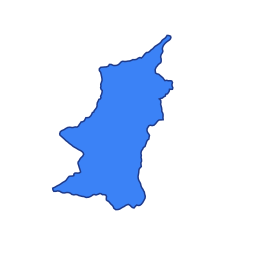 Berilo, Minas Gerais, Brazil, rotated 222°
{"feature_id": "56859067B66859765572225", "entity_name": "Berilo", "entity_type": "district", "adm_level": 2, "iso_a3": "BRA", "parent_name": "Brazil", "parent_adm1": "Minas Gerais", "projection": "albers", "projection_center": [-42.489, -16.882], "detail": "fine", "context": "isolated", "style": "filled", "palette": "blue", "viewbox_px": 256, "rotation_deg": 222, "n_neighbors": 0, "source": "geoboundaries", "source_scale": "gbopen_adm2", "svg_char_len": 3945}
<svg xmlns="http://www.w3.org/2000/svg" viewBox="0 0 256 256"><g transform="rotate(222 128 128)"><path d="M143.7,32.9L142.4,31.8L140.8,31.3L139.3,32.6L138.2,34.2L136.4,35.3L134.7,35.6L133.2,36.1L131.9,37.1L131.1,38.1L130.3,39.2L128.6,40.5L127.1,41.0L125.3,41.1L123.5,42.1L122.4,43.5L121.0,44.5L119.4,44.9L117.9,45.7L116.3,46.5L114.8,47.6L112.6,48.4L110.9,50.3L110.0,52.2L109.6,53.7L109.3,55.1L108.4,56.2L107.0,56.8L105.9,58.7L105.1,60.5L103.9,61.2L102.5,61.3L101.3,62.4L99.7,63.3L98.1,62.7L97.0,61.1L96.0,60.1L94.6,60.1L93.4,60.5L91.8,60.3L89.7,60.0L87.7,60.0L86.4,59.7L84.8,58.9L82.5,59.1L80.8,60.8L79.9,62.3L79.5,63.8L79.0,65.4L78.3,67.2L77.8,69.3L76.7,71.4L74.8,71.9L73.4,71.8L71.6,71.8L70.0,72.6L70.1,74.6L70.0,76.5L68.5,77.3L67.5,78.4L67.1,80.1L67.2,82.4L67.5,83.8L67.9,85.5L68.4,87.3L69.6,88.9L71.5,90.1L73.0,91.3L74.6,91.8L75.9,92.4L77.3,92.7L78.9,93.3L80.2,94.1L81.4,95.0L82.9,95.6L84.9,96.3L86.6,97.3L88.2,98.8L89.4,100.8L90.3,102.2L91.2,103.3L92.2,104.8L92.4,106.7L92.3,108.2L93.6,109.3L95.1,110.7L95.7,112.4L97.2,113.9L98.7,114.9L99.8,116.6L101.2,117.6L102.0,118.7L102.8,120.2L102.9,121.9L103.5,123.8L103.0,125.7L103.8,127.4L104.3,128.8L105.1,130.5L105.4,132.1L105.1,133.7L106.2,135.3L107.1,136.9L108.6,137.4L110.5,137.8L112.2,138.8L113.4,140.4L113.7,142.1L114.0,143.6L113.3,145.0L111.7,145.9L110.6,147.4L110.4,149.7L110.6,152.3L110.5,154.2L109.8,155.3L108.7,156.3L107.4,157.7L108.9,159.0L109.9,160.3L111.2,161.7L112.6,162.5L114.1,163.0L115.1,164.2L116.6,165.5L118.3,166.6L119.7,167.5L120.8,169.2L122.3,170.5L124.2,170.5L123.6,171.7L122.5,173.2L122.3,175.0L121.6,176.7L122.6,178.2L121.6,179.7L121.7,181.4L122.1,183.1L123.1,184.5L121.9,185.5L120.9,186.5L121.6,187.9L123.3,188.7L124.4,189.7L125.4,191.6L127.0,192.2L128.5,191.2L129.7,190.0L131.1,189.4L132.3,187.9L133.9,188.2L135.4,188.6L137.4,188.6L139.3,188.5L141.1,188.5L142.8,187.6L144.4,187.3L145.6,188.4L146.8,189.4L147.4,190.9L147.8,192.2L147.8,193.9L148.0,195.5L147.7,196.9L147.4,198.5L148.0,199.8L149.0,200.9L150.1,201.9L151.2,202.5L152.1,203.9L152.6,205.1L152.8,206.6L153.2,208.0L154.1,208.9L155.3,209.6L156.2,211.0L156.9,213.0L157.1,215.5L156.9,217.7L156.5,219.5L156.1,221.2L156.1,222.6L156.6,223.9L157.8,224.7L159.6,224.0L160.9,223.0L160.5,220.4L160.7,219.0L161.1,217.4L161.3,215.9L161.0,214.2L161.1,212.1L161.6,210.1L162.1,208.2L162.5,206.9L162.6,205.4L162.6,203.4L163.1,201.5L163.2,199.2L163.6,197.7L164.8,196.4L165.0,194.4L164.9,192.7L164.7,190.7L164.9,188.9L166.3,188.4L167.1,186.9L167.6,184.7L168.8,183.2L170.2,182.0L170.8,180.4L171.7,178.8L172.7,177.8L173.7,176.5L174.8,175.3L176.0,174.5L176.9,173.7L177.4,171.9L177.3,170.2L177.7,168.2L178.4,166.9L179.5,165.7L180.7,164.7L183.0,164.0L184.4,162.8L184.0,160.9L184.9,159.0L186.2,157.7L187.3,156.5L188.9,154.8L188.9,152.7L187.7,151.5L185.7,151.1L184.2,150.1L182.8,149.1L181.7,148.3L180.4,147.3L179.2,146.1L178.3,144.2L177.5,142.2L176.1,141.0L175.3,139.6L173.7,138.7L172.2,138.6L171.2,137.2L170.2,135.3L169.6,133.2L168.4,132.4L168.0,131.1L168.8,129.8L168.2,128.1L167.7,126.2L166.7,124.7L165.7,123.7L165.0,122.1L164.8,120.4L164.7,118.2L164.1,116.9L164.8,115.7L164.2,114.0L163.8,112.3L163.9,110.1L164.7,108.9L166.2,107.5L165.8,106.0L165.3,104.2L165.9,102.3L166.9,101.1L166.6,99.4L166.5,97.8L166.1,96.3L166.5,94.5L167.7,93.7L168.5,92.7L169.2,91.5L170.3,90.6L171.7,89.7L173.1,88.1L173.9,86.0L174.5,83.7L175.4,81.9L175.8,80.0L174.9,78.0L173.8,77.2L172.5,77.2L170.9,77.2L169.6,77.2L167.7,77.2L165.6,77.1L163.7,77.3L161.3,77.3L158.5,77.6L156.5,77.6L154.9,77.9L153.3,78.3L151.7,78.6L150.1,78.9L148.5,79.4L147.0,79.7L145.1,79.7L143.4,78.9L142.8,76.7L143.0,74.7L143.0,73.4L142.7,72.0L142.4,70.7L142.3,69.3L141.3,68.1L139.5,67.1L137.4,65.8L135.4,64.7L133.8,63.6L134.0,62.2L135.2,60.8L136.4,59.9L137.3,59.0L137.4,57.6L136.4,56.3L137.3,54.9L138.7,53.6L139.4,52.6L139.4,51.2L139.2,49.4L139.0,47.7L139.3,46.0L140.1,43.7L140.5,41.8L141.0,39.9L141.9,37.7L142.7,35.1L143.7,32.9Z" fill="#3b82f6" stroke="#1e3a8a" stroke-width="1.5"/></g></svg>